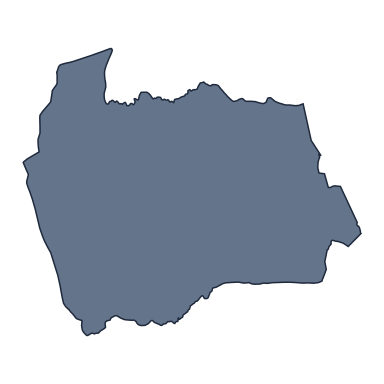 Longsane, Vientiane, Laos (Equal Earth projection)
{"feature_id": "54806243B36605497856689", "entity_name": "Longsane", "entity_type": "district", "adm_level": 2, "iso_a3": "LAO", "parent_name": "Laos", "parent_adm1": "Vientiane", "projection": "equal_earth", "projection_center": [102.9, 18.631], "detail": "fine", "context": "isolated", "style": "filled", "palette": "slate", "viewbox_px": 384, "rotation_deg": 0, "n_neighbors": 0, "source": "geoboundaries", "source_scale": "gbopen_adm2", "svg_char_len": 5911}
<svg xmlns="http://www.w3.org/2000/svg" viewBox="0 0 384 384"><path d="M23.0,162.0L26.4,170.1L28.4,174.5L27.2,179.5L26.8,180.8L26.9,181.2L26.6,182.8L28.0,187.2L29.9,192.0L32.4,199.3L35.1,208.7L39.8,228.3L42.5,236.1L44.4,240.8L47.4,246.7L50.8,252.9L54.3,264.2L57.8,275.3L59.9,284.8L62.3,297.9L63.6,303.4L65.8,306.8L68.7,309.5L68.9,309.5L69.1,309.8L71.0,312.3L72.6,313.8L76.2,318.4L77.4,319.0L80.4,320.1L81.8,320.4L81.9,321.0L81.9,322.2L81.8,323.5L81.6,325.0L81.7,326.5L82.2,329.3L82.7,330.9L83.9,332.6L85.4,334.3L86.6,335.4L87.8,335.5L88.5,334.9L89.6,334.5L91.0,333.4L92.7,333.2L93.3,333.4L94.1,333.9L96.1,333.3L98.6,333.0L99.4,332.0L100.8,330.7L101.9,330.0L103.6,329.0L105.4,327.6L105.5,326.4L105.2,325.2L105.1,323.6L105.5,322.0L106.6,321.0L108.0,320.6L109.2,320.3L110.2,320.0L110.6,318.8L111.1,317.8L112.0,317.3L115.0,315.8L116.2,315.7L117.1,315.9L120.6,318.0L122.4,318.8L124.4,319.6L126.7,319.9L129.4,320.1L132.3,320.3L133.3,320.1L134.5,320.3L135.9,321.4L137.4,323.8L138.9,324.9L141.2,325.6L143.1,325.4L143.8,325.5L144.9,325.4L145.9,324.9L147.5,324.1L148.6,323.4L149.2,322.7L150.7,321.1L151.2,320.7L151.7,320.5L152.6,320.6L152.9,320.8L154.0,322.1L155.2,322.8L156.1,323.1L157.7,323.8L158.6,324.1L159.3,324.4L160.0,324.9L160.8,325.3L161.3,325.4L161.9,325.3L163.2,324.3L163.9,323.9L165.0,323.8L165.7,323.7L166.3,323.2L167.5,321.8L168.1,321.6L169.1,321.8L170.8,321.3L171.4,321.3L171.9,321.6L172.5,322.0L173.7,323.1L174.5,323.5L174.9,323.4L175.3,322.6L175.8,322.0L176.2,321.7L176.7,321.4L177.1,321.4L177.5,321.5L177.8,321.4L178.0,320.6L178.1,318.4L178.2,318.1L178.4,318.0L178.7,318.3L178.9,319.0L179.0,319.3L179.6,319.3L180.0,319.0L181.1,318.0L182.4,317.4L182.7,316.8L182.9,316.1L183.0,315.3L183.4,314.7L185.5,313.4L186.0,312.9L186.2,312.4L186.7,312.2L187.2,312.1L187.6,311.8L188.0,310.5L188.4,309.9L189.3,309.3L189.6,308.9L190.1,306.7L190.3,306.0L192.0,304.8L192.8,304.0L193.3,303.7L193.8,303.5L194.2,303.2L194.5,302.9L195.2,301.8L195.6,301.5L196.1,301.2L196.7,301.2L197.2,301.1L197.9,300.4L199.3,298.6L199.8,297.9L201.6,296.0L202.0,295.8L202.2,295.7L202.5,295.8L202.9,296.0L203.3,296.4L203.7,297.2L203.9,297.8L204.4,298.3L204.8,298.6L206.8,298.6L207.5,298.2L208.1,297.7L208.5,296.8L210.1,292.6L210.5,292.1L211.0,291.9L211.7,291.3L212.1,290.4L212.3,289.3L212.6,288.6L212.9,288.0L213.5,287.8L214.2,287.7L216.2,287.2L222.9,283.6L225.6,282.8L226.2,282.8L232.0,282.4L238.4,282.1L243.8,283.1L248.8,282.7L249.3,282.7L251.7,283.9L255.0,284.2L260.2,284.0L262.8,283.2L265.4,283.2L267.1,283.4L272.2,282.7L283.0,282.3L289.2,282.2L296.7,282.6L302.3,283.1L307.9,282.9L313.8,283.2L318.5,282.6L322.0,281.1L322.3,279.6L322.9,278.4L326.3,269.4L324.8,261.7L327.2,249.9L328.0,249.5L328.4,248.7L329.1,246.3L330.4,245.0L331.0,244.2L331.1,243.6L331.1,241.5L331.5,240.7L332.2,240.3L333.0,240.4L334.6,240.9L337.2,241.4L338.6,241.6L341.4,242.6L342.7,242.9L344.8,244.2L346.5,245.3L348.2,246.5L361.0,233.5L360.6,233.2L360.5,231.9L359.9,229.3L359.5,227.9L359.1,227.1L358.8,226.5L358.5,226.2L358.1,226.1L357.6,225.7L357.2,225.3L356.8,224.5L356.8,223.7L357.3,222.6L340.4,186.4L338.7,186.3L337.6,186.1L336.6,186.1L335.8,185.9L334.7,185.9L333.9,186.0L333.0,186.2L332.2,186.5L331.5,187.0L330.5,187.5L328.6,187.5L328.3,187.4L324.5,173.8L319.0,173.0L317.8,167.9L318.0,162.7L318.7,159.7L319.6,157.5L319.1,155.2L319.8,155.8L320.7,155.2L311.2,140.5L303.1,103.8L299.0,105.4L295.3,105.7L293.7,105.5L292.2,105.4L290.0,105.0L286.4,105.0L284.6,104.8L282.7,104.1L279.4,103.2L276.4,102.0L274.9,101.3L271.0,98.0L270.3,97.7L269.0,97.8L267.9,98.1L267.3,99.2L266.7,100.7L266.0,102.3L264.1,103.4L263.4,103.5L262.3,103.5L260.2,103.1L258.6,102.7L255.2,101.6L251.1,101.3L246.2,101.3L245.0,100.8L242.8,98.8L241.9,98.5L239.5,99.2L237.1,100.6L234.9,101.3L233.6,101.3L232.6,101.1L230.6,99.4L227.4,96.3L226.0,94.6L224.5,93.1L222.7,90.9L221.2,89.3L220.1,87.9L218.8,86.2L217.9,85.4L217.0,85.0L215.4,84.7L213.0,84.6L212.3,84.7L211.9,84.9L211.2,85.7L210.2,85.7L209.4,85.6L208.5,85.2L207.0,84.2L206.5,84.2L205.7,83.8L204.2,82.4L203.6,82.0L202.2,82.7L201.3,82.8L200.6,82.8L200.0,83.3L198.2,86.4L197.2,89.0L196.0,89.5L195.1,89.7L193.3,89.7L192.5,90.1L192.0,90.6L191.0,90.9L190.5,90.7L190.1,89.9L189.7,89.7L189.0,90.0L187.9,90.9L187.9,91.6L188.0,92.3L187.7,93.6L186.8,94.0L186.0,94.1L185.3,94.6L185.0,95.4L184.4,96.0L181.0,97.1L179.7,98.1L178.9,98.5L176.3,99.0L174.9,99.4L174.3,100.2L173.8,102.5L173.1,102.4L172.3,101.7L171.7,101.3L171.2,101.4L170.4,102.0L169.8,102.0L169.2,101.3L168.7,100.2L168.0,99.8L167.5,99.8L166.7,100.2L165.7,100.0L164.8,99.4L164.2,99.2L162.8,100.0L161.8,99.6L161.3,99.0L161.0,98.1L160.7,97.6L160.1,97.3L158.2,97.1L157.2,97.2L156.2,98.5L154.7,98.1L154.0,98.4L153.3,98.9L152.7,98.6L152.2,97.9L151.3,96.5L150.2,95.0L148.7,93.4L146.7,92.2L144.9,92.2L141.5,92.3L140.9,92.6L140.5,93.3L139.2,96.0L138.9,97.9L138.5,99.3L138.1,99.9L137.3,99.9L135.6,98.8L134.9,98.6L134.3,98.8L134.3,99.7L134.6,100.5L135.0,101.1L135.0,101.7L134.8,102.6L134.3,103.9L133.4,104.7L132.8,104.4L131.9,103.5L130.9,103.5L130.2,103.9L129.8,104.8L129.0,105.4L128.0,105.8L127.0,105.5L126.6,105.1L126.2,104.1L125.6,102.7L125.2,102.4L124.9,102.4L123.0,103.5L122.4,104.3L121.5,103.8L120.9,103.6L120.0,103.9L119.2,103.7L118.1,102.3L117.2,101.3L116.5,101.1L115.1,102.3L114.3,101.8L113.3,100.7L112.6,100.3L111.9,100.4L111.4,100.8L110.9,101.4L109.8,101.5L109.1,102.3L108.7,103.6L107.6,104.1L106.5,103.8L105.8,102.8L104.6,100.0L104.2,97.1L104.1,94.1L104.5,92.0L105.8,87.1L105.6,82.8L104.9,79.2L104.6,76.0L104.5,72.4L104.8,70.2L106.2,65.4L109.2,58.0L111.2,53.6L112.2,50.8L112.1,49.4L111.4,48.6L110.5,48.5L106.6,49.9L102.7,51.4L89.1,56.2L71.1,62.1L64.9,63.4L61.2,64.5L59.6,65.4L58.5,67.1L57.4,70.6L56.7,72.3L57.1,74.8L57.1,79.2L57.1,83.5L55.9,85.6L54.2,87.9L52.3,90.7L51.9,94.0L50.7,101.7L49.9,102.9L42.7,111.3L40.0,115.2L39.8,117.5L39.9,122.1L40.0,126.7L40.0,133.1L38.1,139.1L38.0,141.9L38.4,147.6L39.1,151.9L27.3,158.9L23.2,162.2L23.0,162.0Z" fill="#64748b" stroke="#1e293b" stroke-width="1.5"/></svg>